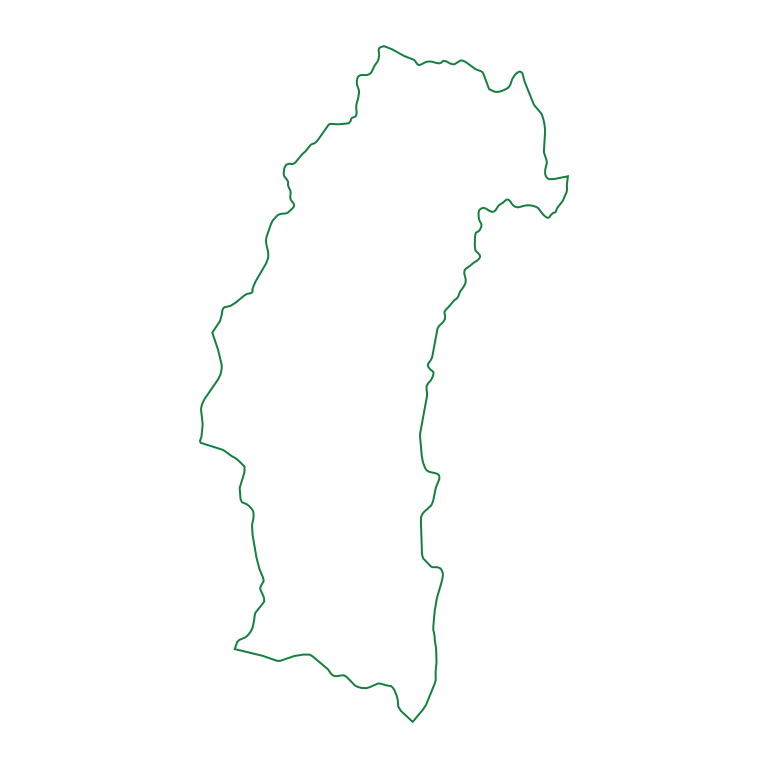 an SVG outline of Phetchabun
{"feature_id": "THA-402", "entity_name": "Phetchabun", "entity_type": "Province", "adm_level": 1, "iso_a3": "THA", "parent_name": "Thailand", "parent_adm1": "", "projection": "natural_earth1", "projection_center": [101.234, 16.209], "detail": "fine", "context": "isolated", "style": "outline", "palette": "green", "viewbox_px": 768, "rotation_deg": 0, "n_neighbors": 0, "source": "natural_earth", "source_scale": "10m", "svg_char_len": 6038}
<svg xmlns="http://www.w3.org/2000/svg" viewBox="0 0 768 768"><path d="M567.9,176.3L566.8,185.6L567.0,187.2L567.0,189.4L566.7,191.8L562.7,201.0L557.2,208.0L555.5,212.2L553.0,213.1L551.2,214.6L549.9,216.4L549.2,217.3L548.3,217.8L547.2,217.7L545.3,216.5L543.5,215.0L538.5,208.6L537.7,207.8L536.8,207.2L534.5,206.3L530.9,205.4L526.6,205.3L522.8,206.1L519.4,207.1L518.1,207.3L516.8,207.1L515.5,206.8L514.4,206.3L513.5,205.6L512.7,204.8L511.9,203.9L510.7,202.0L510.0,201.1L509.2,200.3L508.3,199.7L507.2,199.5L506.2,199.9L505.2,200.5L502.8,202.8L499.8,204.6L499.0,205.3L498.1,206.3L495.6,210.1L494.8,210.9L494.0,211.5L492.8,211.8L491.5,211.7L489.2,210.8L486.4,208.8L484.2,208.0L482.9,207.9L480.8,208.7L479.2,210.3L478.7,212.0L478.5,214.2L478.8,218.1L479.3,220.0L479.9,221.5L481.2,223.6L481.5,225.1L481.2,227.1L479.7,230.1L478.4,231.3L476.3,232.5L475.8,232.9L475.3,234.9L474.9,238.2L474.8,245.4L475.1,248.7L475.6,250.7L476.0,251.2L479.0,254.1L479.7,255.0L480.0,256.2L479.8,257.6L478.5,259.4L477.5,260.3L473.3,263.0L469.9,265.9L466.2,268.5L465.4,269.2L464.7,270.1L464.3,271.7L464.3,273.7L465.6,278.7L465.7,280.6L465.6,282.5L464.5,285.1L463.6,286.7L462.1,288.9L460.7,290.7L460.0,291.9L458.5,295.9L457.7,297.3L456.9,298.4L454.2,300.3L448.3,307.3L446.5,309.0L445.1,310.7L444.6,311.7L444.4,313.0L445.1,315.2L445.1,317.1L444.9,319.0L443.8,321.0L442.9,322.3L442.0,323.3L439.4,325.6L438.1,327.5L437.5,328.7L432.2,357.0L431.2,359.3L429.9,361.5L428.5,363.3L428.0,364.3L427.8,365.4L428.5,367.1L429.9,369.0L431.0,370.1L432.9,371.4L433.5,372.7L433.4,374.6L432.2,377.8L431.2,379.6L430.3,380.9L428.8,382.5L428.0,383.6L426.8,385.7L426.5,387.0L426.5,388.8L427.0,392.5L427.0,396.0L420.1,433.7L420.1,436.9L421.8,456.3L423.0,462.3L424.5,466.6L425.6,468.8L426.3,469.8L427.1,470.6L429.0,471.7L431.5,472.4L434.2,472.9L436.6,473.6L437.7,474.1L438.6,474.9L439.2,475.8L439.4,477.4L439.2,479.4L435.9,487.4L433.2,500.6L432.1,503.6L431.1,505.6L429.4,507.0L427.8,508.7L425.2,510.8L423.6,512.5L422.2,514.4L421.6,515.6L421.1,517.0L420.9,521.1L422.0,553.8L422.4,555.9L423.1,558.1L423.7,559.0L430.7,566.2L431.7,566.9L432.8,567.2L436.8,567.2L438.2,567.4L439.3,567.9L440.2,568.4L441.1,569.2L441.7,570.2L442.2,571.4L442.6,572.6L442.9,574.1L442.7,576.9L441.9,581.0L437.0,597.6L434.7,610.9L433.3,626.8L433.3,629.8L434.5,635.3L434.9,641.3L436.1,648.0L436.5,662.6L435.6,671.7L435.7,680.0L434.9,683.1L426.0,705.0L423.1,709.4L412.7,721.9L400.8,710.8L398.2,706.3L397.9,701.4L397.5,698.7L396.6,695.6L394.2,689.6L392.4,687.3L390.9,686.0L387.9,685.7L379.6,683.5L378.4,683.6L377.4,683.8L369.7,687.2L366.1,688.2L361.9,688.0L358.0,687.0L356.1,686.1L354.6,685.1L347.2,677.5L345.4,676.1L343.8,675.3L341.4,675.4L337.0,676.2L334.6,676.0L333.0,675.4L332.0,674.7L330.5,673.0L327.9,669.2L312.6,656.4L310.1,654.9L308.9,654.6L303.3,654.6L294.4,656.0L280.6,660.7L279.3,660.9L278.0,660.9L276.6,660.7L262.6,655.8L234.7,649.1L237.2,642.1L239.3,639.9L244.7,637.7L245.7,637.1L246.7,636.4L247.5,635.6L250.4,632.0L252.1,628.9L252.6,627.5L254.1,620.4L254.7,615.4L255.1,613.7L255.7,612.4L263.6,602.5L264.2,601.4L264.2,599.5L263.7,596.9L260.5,589.8L260.2,587.6L261.1,585.6L263.1,582.1L263.6,581.0L263.5,579.3L262.8,577.1L259.5,569.2L256.5,557.7L252.6,535.1L252.0,524.7L252.4,523.4L253.2,519.3L253.6,516.1L253.5,513.0L253.0,511.0L251.8,508.9L248.9,505.8L247.0,504.4L245.4,503.6L242.0,502.3L241.1,500.4L240.5,498.9L239.7,487.8L244.4,472.5L244.6,467.1L243.6,465.7L238.5,460.6L235.0,457.8L231.8,456.2L224.4,450.8L222.4,449.7L200.8,442.9L200.1,441.7L200.1,440.6L201.4,436.9L202.6,425.7L202.6,423.5L201.1,410.3L201.1,408.8L201.4,406.8L202.5,403.1L204.7,398.8L218.1,379.4L220.2,375.0L220.8,373.4L221.2,371.5L221.7,368.2L221.7,366.2L221.5,364.2L218.1,349.9L212.3,332.6L220.1,320.9L221.8,314.5L222.4,310.3L223.2,308.4L224.3,307.3L230.5,305.9L235.7,302.6L244.7,295.2L247.2,293.9L251.3,293.0L252.4,292.1L252.7,290.7L252.4,289.5L253.5,286.3L255.5,281.6L266.1,263.4L267.9,258.6L268.2,257.1L268.3,255.6L268.3,254.0L267.9,251.1L266.7,245.8L266.0,241.7L266.0,240.1L266.4,237.4L270.8,224.5L271.9,222.1L272.8,220.4L277.5,215.3L279.5,214.3L282.0,213.7L284.8,213.6L286.2,213.3L288.2,212.4L293.3,207.5L294.1,205.7L294.1,204.4L293.5,203.4L291.4,200.7L290.8,199.6L290.4,198.4L290.2,196.9L290.7,192.6L290.5,191.3L289.6,189.0L288.5,186.8L288.1,185.6L288.0,184.3L288.2,182.3L287.8,181.1L286.6,179.2L284.4,176.6L283.9,175.1L283.7,172.8L284.3,168.2L285.3,166.1L286.5,164.6L288.2,164.0L289.5,163.7L290.6,163.8L291.7,164.2L293.2,163.9L295.3,162.6L301.9,154.5L305.9,150.9L310.0,145.6L311.3,144.4L314.6,143.2L316.7,141.4L319.2,138.2L328.6,124.7L329.6,124.1L330.8,123.9L338.3,124.3L348.8,123.3L349.5,122.2L350.7,120.9L350.9,119.5L351.4,118.5L352.2,117.8L354.4,116.9L355.5,116.4L356.1,115.4L356.5,114.2L356.6,112.9L356.2,106.8L356.3,105.2L356.9,102.5L358.1,98.5L359.0,92.8L359.0,91.4L358.7,89.6L357.1,85.1L356.9,83.8L356.8,82.3L356.9,80.8L357.5,77.9L358.0,76.9L358.8,76.1L359.9,75.5L361.1,75.1L362.7,75.0L364.6,75.1L367.4,74.9L369.6,74.0L370.5,73.2L371.3,72.4L372.5,70.3L372.9,69.2L374.8,65.3L377.2,62.0L377.8,61.0L378.6,58.5L379.2,55.7L379.1,54.3L378.7,51.6L378.6,50.2L378.9,48.9L379.6,47.9L380.4,47.3L383.9,46.1L392.3,49.4L404.1,56.0L413.7,59.7L415.0,60.8L416.5,63.1L417.6,64.4L419.0,65.1L420.9,64.6L424.5,62.7L426.6,61.8L429.2,61.5L430.6,61.5L431.9,61.7L437.3,63.2L439.7,63.3L440.8,62.9L441.8,62.2L442.5,61.4L443.5,60.9L445.1,61.0L447.1,61.8L450.4,63.6L452.4,64.2L454.0,64.3L455.1,63.9L460.0,60.8L461.1,60.4L463.1,60.8L465.9,62.1L475.1,68.9L476.5,69.6L481.2,71.3L482.3,72.1L483.3,73.5L489.0,88.8L489.6,89.4L493.5,91.3L495.4,91.8L497.1,91.9L499.7,91.6L501.9,90.9L503.0,90.5L507.3,88.3L508.2,87.6L509.7,85.9L510.7,83.6L511.5,81.1L512.4,78.8L515.1,74.7L515.8,74.0L516.7,73.2L518.6,71.9L519.8,71.6L521.0,72.0L522.5,73.4L524.5,81.3L533.7,104.2L534.9,106.0L540.7,112.8L541.9,114.6L543.4,119.3L544.6,125.1L545.1,130.7L543.9,151.5L544.1,153.0L546.5,160.0L546.8,162.0L546.7,163.7L545.3,169.1L545.1,172.1L545.2,173.7L545.5,175.2L546.1,176.6L547.1,177.9L548.2,178.7L549.4,179.2L554.3,179.0L567.9,176.3Z" fill="none" stroke="#15803d" stroke-width="2"/></svg>